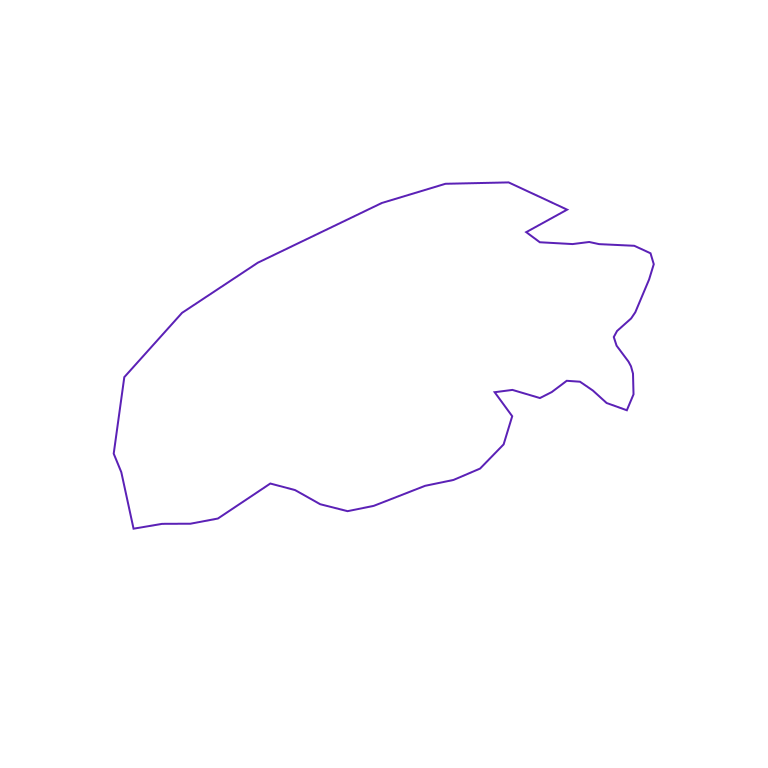 the Province of Guimaras, rotated 221°
{"feature_id": "PHL-2530", "entity_name": "Guimaras", "entity_type": "Province", "adm_level": 1, "iso_a3": "PHL", "parent_name": "Philippines", "parent_adm1": "", "projection": "albers", "projection_center": [122.577, 10.591], "detail": "fine", "context": "isolated", "style": "outline", "palette": "violet", "viewbox_px": 768, "rotation_deg": 221, "n_neighbors": 0, "source": "natural_earth", "source_scale": "10m", "svg_char_len": 778}
<svg xmlns="http://www.w3.org/2000/svg" viewBox="0 0 768 768"><g transform="rotate(221 384 384)"><path d="M542.3,154.1L584.5,218.8L583.1,305.2L558.8,392.8L504.4,519.2L469.0,575.4L422.2,617.9L360.2,635.7L376.3,591.9L359.4,593.2L333.5,613.3L322.3,625.8L313.4,630.7L285.8,652.5L268.6,657.5L259.0,651.4L252.5,636.8L241.4,603.0L240.5,595.6L242.9,576.9L241.4,570.2L233.6,565.5L214.2,561.3L209.2,559.4L202.9,555.2L188.9,539.9L183.5,523.5L203.5,515.7L222.1,516.1L237.6,514.3L248.2,506.3L252.1,488.0L257.1,475.7L283.2,463.8L295.1,450.4L266.1,443.8L254.1,416.9L256.0,383.2L268.6,357.2L286.2,334.1L311.8,285.3L328.1,264.1L353.3,251.4L381.5,245.6L404.5,234.3L421.1,173.5L438.4,151.6L459.7,132.9L478.1,110.5L524.4,145.1L542.3,154.1Z" fill="none" stroke="#5b21b6" stroke-width="2"/></g></svg>